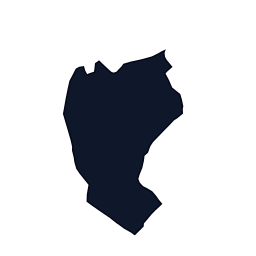 Dostluk, Chardzhou, Turkmenistan, rotated 313°
{"feature_id": "10190150B13703090222147", "entity_name": "Dostluk", "entity_type": "district", "adm_level": 2, "iso_a3": "TKM", "parent_name": "Turkmenistan", "parent_adm1": "Chardzhou", "projection": "albers", "projection_center": [65.017, 37.433], "detail": "fine", "context": "isolated", "style": "filled", "palette": "ink", "viewbox_px": 256, "rotation_deg": 313, "n_neighbors": 0, "source": "geoboundaries", "source_scale": "gbopen_adm2", "svg_char_len": 1356}
<svg xmlns="http://www.w3.org/2000/svg" viewBox="0 0 256 256"><g transform="rotate(313 128 128)"><path d="M122.8,53.7L116.1,57.6L107.2,63.1L100.9,67.2L99.2,68.3L94.5,71.3L92.8,74.2L88.4,81.6L86.7,84.5L83.7,89.5L80.4,95.0L76.7,100.4L76.6,100.5L73.9,102.9L72.6,104.9L70.2,108.6L67.2,112.3L63.6,118.2L62.3,123.9L61.3,130.7L61.1,132.1L60.2,138.3L53.7,142.5L51.6,143.9L46.6,148.3L47.5,155.6L48.6,163.3L50.5,175.7L51.3,185.2L51.4,185.3L52.5,194.1L54.3,201.4L54.7,205.4L54.8,205.5L66.5,205.9L67.1,205.3L68.7,204.0L73.5,203.8L80.6,203.4L85.2,203.5L86.3,203.5L94.6,204.1L95.3,204.1L95.9,199.1L96.9,194.6L97.5,188.9L96.3,183.2L95.0,178.8L95.4,173.5L97.3,169.7L101.7,167.5L108.3,165.0L114.3,161.5L118.7,158.3L123.5,158.7L129.5,156.1L134.8,155.2L152.8,155.5L160.0,155.7L165.1,155.7L168.9,156.7L175.8,157.6L178.9,154.4L181.1,153.1L184.9,147.7L187.7,143.0L187.0,132.6L190.4,124.7L192.9,117.5L196.6,117.5L202.4,118.1L203.5,109.7L204.6,106.2L207.4,102.9L209.4,102.0L206.6,100.9L203.2,99.9L196.3,97.3L189.4,93.1L183.6,89.3L183.6,89.2L182.8,88.7L177.8,85.2L171.7,81.6L168.3,82.0L164.8,81.9L160.9,81.9L160.4,81.6L159.4,81.0L158.0,80.1L157.0,77.8L156.9,75.1L156.9,68.8L157.0,61.3L153.0,60.5L148.4,64.0L145.9,65.6L141.9,63.3L141.0,62.9L138.6,61.8L140.1,57.3L142.3,53.7L139.1,51.2L135.8,50.1L129.8,51.8L122.8,53.7Z" fill="#0f172a" stroke="#020617" stroke-width="1.5"/></g></svg>